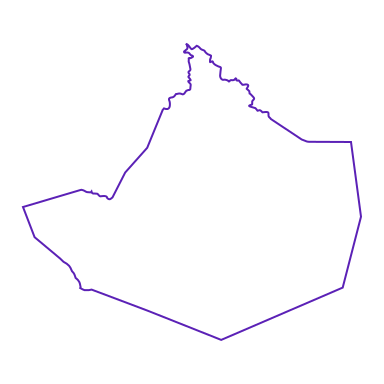 the district of El Rosario, Olancho, Honduras
{"feature_id": "27666195B45441120072404", "entity_name": "El Rosario", "entity_type": "district", "adm_level": 2, "iso_a3": "HND", "parent_name": "Honduras", "parent_adm1": "Olancho", "projection": "orthographic", "projection_center": [-86.7, 14.904], "detail": "fine", "context": "isolated", "style": "outline", "palette": "violet", "viewbox_px": 384, "rotation_deg": 0, "n_neighbors": 0, "source": "geoboundaries", "source_scale": "gbopen_adm2", "svg_char_len": 5443}
<svg xmlns="http://www.w3.org/2000/svg" viewBox="0 0 384 384"><path d="M147.4,310.6L221.2,339.9L342.7,287.6L361.0,216.7L351.0,142.0L309.0,141.8L307.3,141.6L306.3,141.3L305.1,140.8L301.7,139.5L271.0,119.1L270.1,118.0L269.2,117.2L269.0,116.9L268.8,116.6L268.6,116.1L268.5,115.4L268.5,114.9L268.5,113.7L268.4,113.0L268.3,112.8L268.2,112.6L267.9,112.3L267.6,112.2L267.3,112.1L266.7,112.0L266.2,112.0L265.6,112.0L263.5,112.2L262.5,112.3L262.4,112.2L262.2,112.1L261.6,111.4L260.9,110.8L260.3,110.4L260.0,110.3L259.6,110.2L259.1,110.3L258.7,110.4L258.2,110.6L257.9,110.6L257.5,110.7L257.3,110.5L257.0,110.0L255.9,108.7L255.6,108.4L255.3,108.1L254.9,108.0L253.9,107.7L250.6,106.7L249.8,106.4L249.5,106.2L249.3,106.1L249.2,105.9L249.2,105.7L249.3,105.6L250.0,105.2L252.0,104.5L252.1,104.4L252.2,103.3L252.2,101.6L252.3,101.2L252.5,100.9L252.7,100.6L253.4,99.8L253.8,99.4L254.0,98.9L254.1,98.7L254.0,98.1L253.8,97.7L253.5,97.3L252.9,96.6L251.4,95.0L250.5,94.1L249.8,93.6L249.6,93.5L249.6,93.3L249.3,91.2L248.2,90.1L247.0,89.1L246.7,88.8L246.7,88.7L248.0,86.5L248.1,86.3L248.2,85.7L248.2,85.4L248.0,85.0L247.8,84.8L247.4,84.6L247.1,84.5L246.1,84.4L245.6,84.4L244.5,84.6L243.1,84.8L242.7,84.8L242.2,84.6L241.8,84.0L240.9,83.1L240.4,82.5L239.6,81.5L239.2,80.8L239.0,80.6L238.8,80.5L238.4,80.4L237.8,80.6L237.4,80.6L236.9,80.5L236.6,80.3L236.4,80.1L236.4,79.9L236.3,79.7L236.4,79.2L236.3,78.9L236.2,78.7L235.9,78.5L235.6,78.4L235.3,78.7L234.7,79.3L234.4,79.7L234.1,79.9L233.5,80.1L232.7,80.2L232.2,80.2L231.4,80.1L230.9,80.1L230.5,80.3L230.0,80.6L229.7,80.8L229.4,81.3L229.2,81.3L228.9,81.4L228.6,80.9L228.4,80.8L227.8,80.7L227.1,80.2L226.8,80.1L226.3,80.0L225.7,79.8L225.0,79.7L224.1,79.7L223.3,79.8L222.9,79.8L222.5,79.7L222.0,79.4L221.6,79.2L221.4,78.9L221.1,78.6L220.8,78.2L220.6,77.7L220.4,77.2L220.2,76.8L220.2,76.3L220.1,75.3L220.2,74.7L220.5,71.5L220.9,68.4L220.9,67.9L220.8,67.6L220.6,67.3L220.1,67.0L219.6,66.8L218.8,66.6L218.5,66.5L215.7,65.1L215.1,64.7L214.1,63.9L213.5,63.2L213.1,62.7L213.0,62.1L212.9,61.9L212.7,61.6L212.5,61.4L212.3,61.4L211.8,61.5L211.5,61.6L211.0,61.9L210.6,62.0L210.2,62.1L210.0,61.9L210.0,61.4L210.1,59.3L210.2,59.0L210.5,58.6L210.6,58.3L210.8,57.4L211.0,56.5L211.0,56.1L211.0,55.9L211.0,55.7L210.9,55.6L210.6,55.4L208.5,54.5L207.7,54.2L207.3,53.9L206.6,53.3L205.9,52.7L205.2,51.9L204.7,51.0L204.2,50.6L203.9,50.4L202.9,50.0L201.6,49.5L201.1,49.2L200.4,48.6L199.6,47.7L198.6,46.8L198.2,46.5L197.6,46.2L197.0,45.9L196.7,45.8L195.3,47.0L194.6,47.6L193.6,48.3L192.6,48.9L192.4,49.0L192.0,49.1L191.6,49.1L191.3,48.9L190.9,48.6L190.2,47.7L189.0,46.1L188.2,45.2L187.7,44.7L187.2,44.4L186.7,44.1L186.5,44.3L186.7,44.5L186.8,44.9L187.5,47.4L187.5,47.7L187.4,48.2L187.3,48.5L187.1,48.9L186.9,49.2L186.7,49.4L186.4,49.6L186.0,49.9L185.8,50.0L185.4,50.4L185.3,50.6L185.1,50.8L184.5,51.1L184.3,51.3L184.1,51.5L184.1,51.8L184.1,52.0L184.2,52.3L184.4,52.5L184.6,52.6L185.2,52.7L186.0,52.5L187.4,52.5L188.0,52.6L188.6,52.8L188.9,53.0L189.2,53.2L189.5,53.5L189.8,54.0L190.0,54.3L190.9,55.1L191.2,55.3L191.4,55.4L191.7,55.5L192.2,55.6L192.5,55.8L192.8,56.1L193.0,56.3L193.0,56.6L192.7,57.0L191.3,57.8L190.6,58.1L190.4,58.1L190.1,58.1L189.7,58.0L189.3,58.0L189.1,58.1L188.8,58.2L188.7,58.3L188.7,58.7L188.8,59.3L188.7,60.9L188.7,61.6L188.8,61.9L188.9,62.4L189.2,63.2L189.6,64.8L190.2,68.0L190.4,68.9L190.4,69.4L190.4,69.7L190.3,70.0L190.2,70.2L190.1,70.4L189.8,70.7L189.4,71.0L189.0,71.3L188.7,71.7L188.5,72.0L188.5,72.4L188.6,72.8L188.8,73.2L188.9,73.4L189.4,73.9L189.5,74.1L189.6,74.4L189.6,74.7L189.6,75.0L189.4,75.3L189.3,75.5L188.9,75.8L188.8,76.0L188.5,76.6L188.4,76.8L188.5,77.1L190.1,79.1L190.4,79.6L190.6,80.1L190.5,80.3L188.8,80.9L188.4,81.0L188.3,81.3L188.4,81.7L188.6,82.0L190.3,83.8L190.5,84.1L190.6,84.4L190.7,84.9L190.6,85.7L190.4,87.6L190.3,88.7L190.3,89.0L190.2,89.2L190.1,89.4L189.9,89.6L189.7,89.7L189.5,89.9L188.8,90.0L188.6,90.0L188.3,90.0L186.8,90.6L186.4,90.7L186.1,91.1L185.6,91.7L184.9,92.7L184.5,93.3L183.9,93.9L183.5,94.1L183.3,94.2L183.0,94.3L182.5,94.3L181.7,94.0L180.5,93.6L180.2,93.6L179.7,93.5L179.1,93.5L178.6,93.6L178.0,93.7L176.8,94.0L176.1,94.0L175.9,94.1L175.6,94.5L175.3,95.0L174.9,95.5L174.6,95.9L174.1,96.4L173.6,96.8L173.0,97.1L172.5,97.3L172.1,97.4L171.1,97.5L170.2,97.8L169.6,98.1L169.4,98.3L169.2,98.5L169.0,99.0L169.0,99.5L169.2,100.4L169.6,101.5L169.7,102.0L169.8,102.4L169.8,103.0L169.9,103.5L169.9,104.7L169.8,105.9L169.6,106.8L169.4,107.3L169.1,107.8L168.9,108.1L168.6,108.4L168.0,108.8L167.7,108.9L167.5,109.0L167.1,109.0L166.7,109.0L165.9,109.0L164.9,108.7L164.0,108.4L162.5,110.2L162.4,110.7L147.2,147.8L125.2,172.5L112.5,197.4L111.5,198.2L111.0,198.6L110.2,199.1L109.7,199.2L109.3,199.2L108.8,199.1L108.5,199.0L108.2,198.8L107.6,198.4L107.3,198.1L107.1,197.8L107.0,197.5L106.9,197.1L106.7,196.8L106.3,196.5L105.8,196.3L105.0,196.1L104.1,196.0L102.4,196.1L100.5,196.3L100.3,196.3L100.1,196.2L99.7,196.1L99.4,195.8L98.7,195.2L97.9,194.2L97.5,193.9L97.3,193.8L97.0,193.7L96.2,193.7L94.8,193.5L93.8,193.5L93.4,193.5L93.1,193.5L92.7,193.3L92.3,193.1L92.0,192.7L91.7,192.2L91.5,191.5L90.9,192.3L89.5,192.3L87.0,192.1L85.5,191.5L85.1,191.2L84.2,190.7L83.0,190.2L81.4,189.8L80.1,190.1L23.0,207.0L34.6,237.2L60.3,258.7L63.5,261.8L66.7,263.7L69.1,265.8L70.4,267.7L72.0,271.2L73.6,273.0L74.4,274.4L75.1,276.3L75.6,277.9L77.1,279.2L78.0,280.1L79.4,282.2L79.9,283.7L80.6,287.1L80.2,288.0L82.5,289.3L84.4,290.1L89.0,290.1L91.6,289.6L147.4,310.6Z" fill="none" stroke="#5b21b6" stroke-width="2"/></svg>